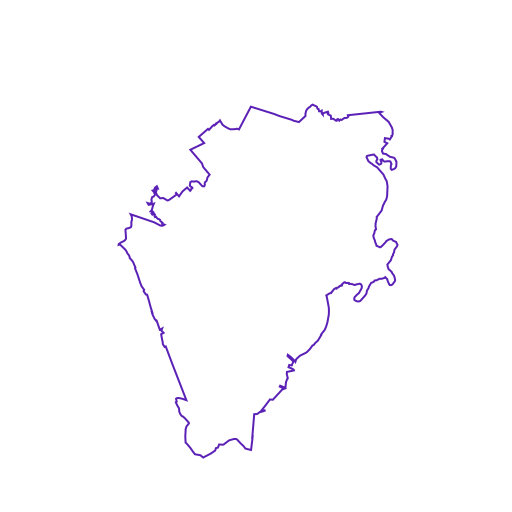 outline of Carlos A. Carrillo, Veracruz, Mexico, rotated 220°
{"feature_id": "50627088B62074843364155", "entity_name": "Carlos A. Carrillo", "entity_type": "district", "adm_level": 2, "iso_a3": "MEX", "parent_name": "Mexico", "parent_adm1": "Veracruz", "projection": "albers", "projection_center": [-95.723, 18.328], "detail": "fine", "context": "isolated", "style": "outline", "palette": "violet", "viewbox_px": 512, "rotation_deg": 220, "n_neighbors": 0, "source": "geoboundaries", "source_scale": "gbopen_adm2", "svg_char_len": 6119}
<svg xmlns="http://www.w3.org/2000/svg" viewBox="0 0 512 512"><g transform="rotate(220 256 256)"><path d="M170.6,67.6L166.9,67.7L163.7,75.4L162.2,80.7L163.2,83.0L162.0,84.8L163.1,87.9L159.7,90.5L158.1,97.5L155.1,101.9L153.2,103.2L152.1,103.2L147.4,102.6L143.5,102.4L140.3,101.7L135.1,104.2L140.6,112.7L142.4,115.3L142.5,115.0L155.7,133.7L153.6,135.6L152.6,139.4L152.3,139.3L150.9,141.3L149.9,143.1L150.2,143.3L152.1,140.8L152.5,141.0L152.7,147.7L153.1,155.1L150.7,156.7L150.1,170.5L148.9,172.7L153.8,171.2L154.1,172.2L148.7,173.9L151.9,178.6L153.3,182.5L153.1,182.7L153.7,183.3L156.5,185.3L157.8,187.1L153.4,192.7L153.9,193.1L155.4,193.0L159.6,191.7L160.5,193.9L158.3,195.1L159.5,199.1L161.7,199.4L167.5,199.6L168.1,200.8L164.8,201.0L159.2,200.6L157.8,200.2L158.3,201.5L158.5,201.6L158.8,202.6L158.7,204.5L158.2,208.0L155.7,213.6L155.2,215.2L154.9,219.5L155.2,223.8L154.6,224.9L154.7,227.5L154.2,230.9L155.2,237.4L155.6,237.5L155.8,239.8L155.8,242.9L156.2,244.8L157.1,247.5L158.6,251.0L162.5,257.8L164.8,260.8L167.2,263.4L175.5,270.2L176.8,271.0L175.6,274.7L174.6,276.0L174.7,277.0L175.0,277.3L174.8,278.5L174.9,281.0L174.3,282.4L173.5,282.7L173.9,283.3L172.9,284.5L172.6,285.4L172.7,286.5L171.9,287.5L172.0,287.9L171.3,288.6L171.9,288.9L171.9,289.6L171.5,292.5L171.0,293.1L170.4,293.0L169.7,293.2L167.6,295.0L166.7,294.4L166.1,295.1L164.2,296.3L162.1,297.0L161.4,297.6L161.4,298.0L158.7,301.5L157.3,301.8L156.6,301.6L155.3,300.7L154.5,299.5L154.1,298.0L153.3,293.5L153.7,291.9L154.0,288.1L153.6,286.7L152.5,285.7L152.0,285.6L150.0,286.0L148.8,286.6L147.7,287.7L147.2,288.7L147.0,296.1L147.3,298.3L148.7,300.7L149.2,303.9L149.8,305.1L150.5,309.3L149.2,311.9L149.4,313.5L148.1,314.8L146.7,318.0L145.3,319.1L143.5,321.7L143.4,322.9L140.6,322.6L139.0,321.5L136.6,320.3L134.9,319.7L133.8,320.5L133.2,321.8L133.4,325.7L133.9,327.0L136.7,329.1L138.3,329.9L140.5,330.3L141.4,330.9L144.5,331.2L145.4,331.1L146.5,331.3L147.0,331.9L148.2,332.5L149.9,333.9L149.9,337.0L150.0,337.9L149.9,339.3L151.4,342.9L151.4,344.6L152.1,345.3L152.7,347.7L154.0,349.9L154.2,354.0L154.6,355.2L155.0,355.7L156.4,356.1L157.6,356.8L161.0,355.9L163.0,356.2L164.8,354.1L165.8,351.0L165.6,350.2L165.8,345.8L166.2,342.9L166.6,342.4L170.3,341.3L171.3,342.1L173.0,342.9L175.3,344.5L177.0,345.3L178.8,346.6L179.4,347.3L179.9,349.2L181.4,352.1L181.2,353.6L183.5,355.5L185.3,357.8L187.7,362.6L188.6,363.3L189.0,371.6L191.2,376.4L191.5,378.1L192.0,379.6L192.5,382.9L193.2,384.5L194.1,386.2L200.0,393.9L202.8,396.4L204.4,397.6L206.3,398.2L210.7,400.3L220.3,401.8L224.0,401.1L226.2,401.2L227.5,400.9L230.9,400.9L234.9,402.8L235.3,403.8L234.6,405.0L231.0,409.5L226.6,409.2L225.3,408.2L224.9,406.2L224.2,405.3L220.8,405.1L220.3,405.2L219.6,406.5L219.6,407.7L220.8,408.9L221.8,409.1L222.4,409.7L221.5,411.2L219.6,410.7L218.3,410.9L215.4,413.9L213.8,414.8L211.2,413.4L211.0,412.3L209.9,410.7L208.7,409.4L207.5,409.2L206.3,411.0L205.8,412.7L206.1,414.7L209.0,418.5L212.7,420.0L213.6,419.9L217.2,418.1L222.1,417.6L224.5,416.1L226.9,417.3L227.6,418.4L227.7,419.6L228.2,419.5L227.9,426.7L231.0,426.0L233.0,429.2L229.6,431.2L228.4,431.3L228.7,434.0L229.4,435.0L228.9,435.4L229.5,436.9L230.5,438.2L232.4,440.4L234.6,441.8L240.5,444.0L240.6,443.9L242.7,444.2L243.1,444.0L248.1,444.1L253.7,444.8L252.4,447.1L253.1,446.8L276.1,422.9L274.9,422.2L274.8,421.8L275.3,420.0L276.9,418.7L277.9,415.2L279.2,414.7L279.2,413.2L281.2,413.6L281.7,412.9L281.1,411.5L281.6,411.1L285.0,410.8L286.6,409.3L288.9,411.6L292.0,410.8L292.5,411.0L292.5,412.1L293.7,412.8L296.1,409.0L296.4,407.9L295.7,407.2L297.1,407.4L299.1,409.6L299.6,408.2L300.7,407.4L302.5,408.8L303.2,408.4L304.1,408.6L305.0,409.4L305.9,409.4L310.0,408.3L310.5,406.4L310.5,404.8L311.0,403.6L311.2,401.0L310.8,399.1L309.5,396.7L308.1,395.0L309.2,386.2L314.4,383.7L316.2,383.3L327.5,378.5L334.0,376.2L355.9,367.1L350.4,342.0L352.4,341.3L353.3,340.0L356.9,336.7L359.2,335.9L363.8,335.1L366.2,335.1L370.8,336.7L370.7,335.0L371.8,331.9L371.3,331.8L371.8,329.2L372.5,329.3L372.9,327.6L373.1,322.4L374.5,322.5L376.4,310.4L368.3,309.2L374.6,295.2L356.9,292.2L353.6,290.2L343.8,288.5L343.7,285.1L342.3,282.1L342.2,281.2L342.5,279.8L342.1,278.8L340.9,277.6L340.5,276.1L341.3,275.3L342.3,275.0L347.4,275.7L349.6,275.1L351.5,273.0L353.2,271.9L353.8,270.4L351.9,267.3L350.7,267.2L348.8,267.5L348.3,267.0L348.7,266.0L348.3,264.7L348.3,263.6L352.8,264.2L353.8,258.3L353.3,252.2L357.8,253.0L357.8,252.7L356.2,252.5L358.7,242.8L359.6,241.6L364.3,240.8L366.5,238.6L371.1,239.0L373.6,240.4L374.5,242.5L375.8,243.3L374.4,244.5L376.8,245.7L377.3,243.4L376.7,241.7L375.9,240.7L376.7,240.4L377.2,239.7L376.1,239.5L375.3,239.7L374.6,238.9L373.0,238.7L372.7,237.4L372.6,235.9L373.4,234.4L372.4,232.0L370.5,230.4L370.5,228.7L371.1,227.7L373.0,226.9L371.1,226.2L369.2,228.5L367.9,230.5L367.2,228.2L365.4,224.3L365.4,222.6L364.2,223.6L363.0,223.6L363.4,221.4L362.0,221.1L361.6,222.9L360.1,222.8L359.7,221.5L358.4,220.9L358.0,221.8L355.2,221.3L354.0,221.9L352.8,222.0L351.5,221.2L349.1,221.4L348.7,220.4L346.2,221.2L346.6,219.9L347.0,219.2L347.9,218.4L349.0,217.8L355.8,216.3L378.8,207.4L376.7,206.5L374.4,204.3L373.3,201.8L371.6,200.0L370.4,198.1L370.4,197.6L371.2,195.9L372.9,193.6L372.9,192.2L366.9,186.0L366.6,185.3L366.5,183.7L367.1,181.8L368.2,179.4L368.8,176.8L368.4,176.2L367.8,177.2L366.5,177.3L360.5,176.9L358.7,176.5L356.0,175.3L353.9,174.9L352.8,174.4L351.8,173.7L351.5,173.3L347.5,172.7L346.0,172.2L340.9,169.6L340.9,168.9L335.3,165.9L327.1,160.8L324.0,159.2L319.9,158.2L319.5,156.8L315.6,155.7L314.6,156.4L314.2,156.2L309.0,152.7L303.9,149.1L299.3,146.2L299.7,146.0L298.4,145.1L295.8,143.8L293.1,142.6L291.9,142.5L291.2,142.2L290.9,142.7L290.7,142.7L282.3,137.7L281.3,140.1L280.6,138.0L277.4,137.7L278.4,135.1L273.2,130.8L272.8,130.7L270.7,128.6L267.5,127.6L267.0,128.7L250.0,119.1L216.7,100.8L221.1,99.1L224.3,97.3L225.3,96.1L225.5,95.3L223.1,93.4L223.4,92.4L220.5,91.0L217.0,89.8L214.9,87.6L213.0,86.5L210.8,85.8L209.3,85.8L208.7,86.1L206.2,86.0L200.5,85.2L199.8,84.6L199.7,80.8L198.4,77.7L197.5,76.8L194.5,72.7L190.0,67.8L188.1,67.7L183.0,66.8L178.6,65.6L175.3,64.9L170.6,67.6Z" fill="none" stroke="#5b21b6" stroke-width="2"/></g></svg>